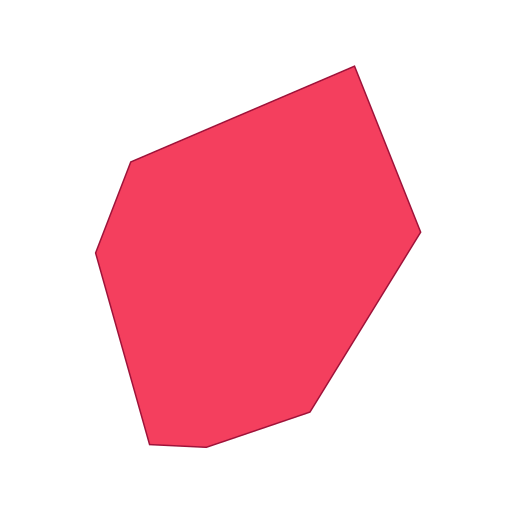 outline of Niue, rotated 189°
{"feature_id": "NIU", "entity_name": "Niue", "entity_type": "country or territory", "adm_level": 0, "iso_a3": "NIU", "parent_name": "Oceania", "parent_adm1": "", "projection": "robinson", "projection_center": [-169.857, -19.052], "detail": "fine", "context": "isolated", "style": "filled", "palette": "rose", "viewbox_px": 512, "rotation_deg": 189, "n_neighbors": 0, "source": "natural_earth", "source_scale": "50m", "svg_char_len": 264}
<svg xmlns="http://www.w3.org/2000/svg" viewBox="0 0 512 512"><g transform="rotate(189 256 256)"><path d="M394.4,329.3L188.4,458.9L97.1,305.3L178.3,110.3L275.1,59.3L331.6,53.1L414.9,233.9L394.4,329.3Z" fill="#f43f5e" stroke="#9f1239" stroke-width="1.5"/></g></svg>